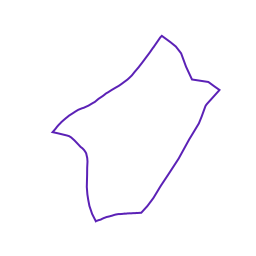 Hat, Al Mahrah, Yemen, rotated 34°
{"feature_id": "15242507B17941061209277", "entity_name": "Hat", "entity_type": "district", "adm_level": 2, "iso_a3": "YEM", "parent_name": "Yemen", "parent_adm1": "Al Mahrah", "projection": "orthographic", "projection_center": [51.804, 17.432], "detail": "fine", "context": "isolated", "style": "outline", "palette": "violet", "viewbox_px": 256, "rotation_deg": 34, "n_neighbors": 0, "source": "geoboundaries", "source_scale": "gbopen_adm2", "svg_char_len": 2745}
<svg xmlns="http://www.w3.org/2000/svg" viewBox="0 0 256 256"><g transform="rotate(34 128 128)"><path d="M67.8,173.6L73.1,171.5L81.7,168.3L83.7,167.7L86.1,167.6L90.5,168.2L95.0,169.2L99.3,170.2L101.5,170.3L103.8,170.8L105.9,171.6L107.5,172.4L109.4,174.2L111.0,175.7L113.2,178.5L116.4,183.8L120.3,189.7L126.8,199.9L131.4,205.7L135.1,209.7L139.6,214.2L146.3,219.3L153.5,223.3L153.6,223.0L153.7,222.7L153.9,222.5L154.2,222.2L154.5,221.8L154.7,221.5L154.9,221.2L155.1,220.9L155.4,220.6L155.6,220.3L155.9,220.0L156.1,219.8L156.3,219.6L156.5,219.3L156.8,218.9L156.9,218.6L157.1,218.2L157.3,217.9L157.4,217.7L157.6,217.3L157.8,217.0L158.0,216.7L158.2,216.4L158.4,216.0L158.7,215.7L158.9,215.4L159.1,215.1L159.3,214.8L159.5,214.5L159.8,214.1L160.0,213.8L160.3,213.5L160.5,213.2L160.8,213.0L161.1,212.7L161.4,212.3L161.7,212.0L162.0,211.7L162.3,211.4L162.5,211.1L162.7,210.8L163.1,210.4L163.3,210.2L163.5,209.9L163.9,209.5L164.2,209.1L164.4,208.8L164.6,208.5L164.9,208.2L165.1,207.9L165.4,207.5L165.6,207.3L165.9,207.0L166.2,206.6L166.4,206.4L166.8,206.1L167.1,205.7L167.4,205.5L167.7,205.2L167.8,205.1L168.2,204.7L168.5,204.5L168.8,204.3L169.1,204.1L169.6,203.8L169.8,203.6L170.2,203.3L170.5,203.1L170.8,202.8L171.1,202.6L171.4,202.3L171.7,202.1L172.0,201.8L172.3,201.5L172.6,201.3L172.9,201.1L173.3,200.8L173.3,200.7L173.6,200.6L173.9,200.3L174.3,200.1L174.6,199.8L174.9,199.5L175.1,199.3L175.4,199.0L175.7,198.8L176.0,198.6L176.3,198.4L176.8,198.0L177.2,197.7L177.7,197.4L178.1,197.1L178.4,196.9L178.7,196.7L179.0,196.4L179.2,196.2L179.5,196.0L179.8,195.8L180.2,195.5L180.5,195.3L180.8,195.1L181.2,194.8L181.5,194.6L181.8,194.4L182.1,194.1L182.3,193.8L182.7,193.6L183.0,193.4L183.3,193.2L183.6,193.0L183.8,192.8L184.2,192.5L184.5,192.3L184.8,192.1L185.1,191.8L185.3,191.6L185.7,191.4L185.9,191.2L186.2,190.9L186.4,190.8L187.7,181.9L188.2,171.9L187.8,163.5L187.6,159.9L187.5,157.2L187.4,143.4L187.1,125.0L185.1,103.2L184.9,98.7L184.2,84.6L182.7,77.5L180.0,66.7L179.9,65.6L180.0,63.9L182.6,45.5L182.6,45.3L176.4,45.2L168.9,44.9L153.9,52.0L141.8,44.7L130.3,36.4L122.1,33.7L115.0,33.1L104.5,32.7L104.1,35.0L104.1,35.9L104.1,36.3L104.0,44.9L104.0,47.0L103.9,47.2L103.8,53.8L103.7,55.9L103.5,59.8L103.2,66.1L102.9,70.4L102.9,71.1L102.2,77.2L102.1,78.2L101.8,82.1L101.7,82.7L101.1,85.5L100.5,88.0L99.5,90.9L99.3,91.4L98.0,95.1L97.0,97.7L96.7,98.4L95.2,101.4L93.2,105.6L92.0,108.4L91.4,109.8L90.8,110.9L90.2,112.3L90.1,112.9L89.2,115.6L87.5,119.7L87.3,120.1L85.9,125.0L84.8,127.1L82.7,131.6L81.2,134.0L80.0,136.0L78.9,137.3L76.6,140.7L75.2,143.7L74.0,146.6L72.2,150.7L71.5,153.1L71.1,154.3L70.1,157.9L69.9,158.7L69.4,160.6L69.3,161.6L68.8,164.1L68.5,166.5L68.4,167.8L68.4,168.5L68.2,170.5L67.8,173.6Z" fill="none" stroke="#5b21b6" stroke-width="2"/></g></svg>